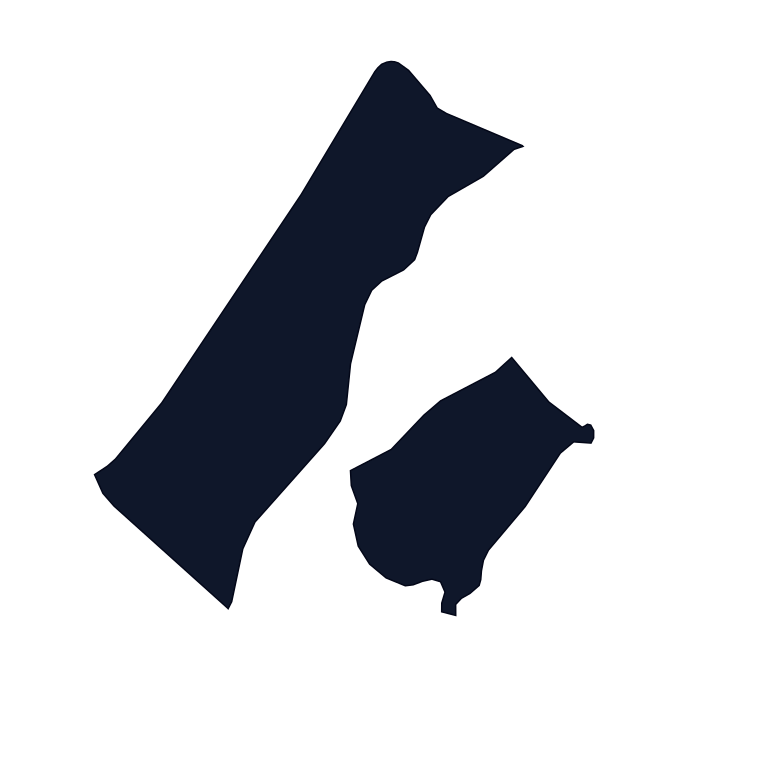 SVG path tracing the border of Pulau Pinang, rotated 218°
{"feature_id": "MYS-1139", "entity_name": "Pulau Pinang", "entity_type": "State", "adm_level": 1, "iso_a3": "MYS", "parent_name": "Malaysia", "parent_adm1": "", "projection": "natural_earth1", "projection_center": [100.346, 5.345], "detail": "fine", "context": "isolated", "style": "filled", "palette": "ink", "viewbox_px": 768, "rotation_deg": 218, "n_neighbors": 0, "source": "natural_earth", "source_scale": "10m", "svg_char_len": 1168}
<svg xmlns="http://www.w3.org/2000/svg" viewBox="0 0 768 768"><g transform="rotate(218 384 384)"><path d="M420.8,656.8L426.0,648.9L433.6,608.9L448.9,571.2L451.4,546.2L448.7,532.6L438.7,508.2L436.4,500.8L438.8,486.0L449.2,463.7L451.4,450.3L448.0,434.6L422.8,379.3L401.0,344.6L395.7,327.9L394.1,300.4L400.7,195.8L393.8,167.2L370.0,118.7L368.5,111.0L368.9,111.1L521.6,121.6L538.2,124.8L556.3,134.4L551.4,148.9L549.4,159.5L547.5,232.4L565.9,482.3L583.5,624.4L583.5,629.4L582.7,634.5L579.9,639.4L577.0,642.5L573.9,644.5L570.3,645.8L557.8,646.3L525.3,639.7L512.0,634.2L501.3,635.6L421.6,657.0L420.9,656.8L420.8,656.8ZM321.9,254.8L331.0,273.6L347.2,283.8L357.1,295.1L338.0,336.9L333.4,384.0L329.0,405.7L303.4,461.9L299.7,483.5L243.0,471.3L201.3,471.8L199.9,474.5L198.9,477.5L195.8,478.9L190.1,476.4L185.6,470.6L184.5,464.9L198.9,455.2L202.5,438.1L197.3,374.3L199.4,317.4L197.1,306.3L192.2,296.8L187.3,289.4L185.0,283.8L187.3,272.0L191.1,262.7L191.8,254.4L185.0,245.8L198.3,240.0L203.6,246.9L207.8,257.6L217.7,263.0L226.1,259.7L232.3,252.1L237.4,243.7L243.0,238.1L263.0,232.5L284.4,233.2L304.5,240.4L321.9,254.8Z" fill="#0f172a" stroke="#020617" stroke-width="1.5"/></g></svg>